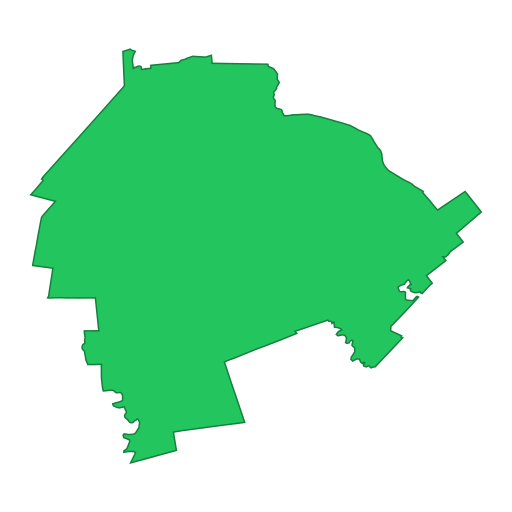 Buzoesti, Arges, Romania
{"feature_id": "2599482B1086880995944", "entity_name": "Buzoesti", "entity_type": "district", "adm_level": 2, "iso_a3": "ROU", "parent_name": "Romania", "parent_adm1": "Arges", "projection": "robinson", "projection_center": [24.92, 44.587], "detail": "fine", "context": "isolated", "style": "filled", "palette": "green", "viewbox_px": 512, "rotation_deg": 0, "n_neighbors": 0, "source": "geoboundaries", "source_scale": "gbopen_adm2", "svg_char_len": 6002}
<svg xmlns="http://www.w3.org/2000/svg" viewBox="0 0 512 512"><path d="M130.6,462.9L157.3,455.6L176.0,450.5L176.4,450.4L173.4,432.1L182.3,430.6L215.8,426.1L244.7,422.4L235.4,394.8L231.3,382.9L224.4,361.9L230.3,359.5L233.6,358.4L255.9,349.3L265.9,345.6L281.7,339.5L296.8,333.4L295.0,331.2L302.2,328.9L327.8,320.1L327.9,320.3L328.5,321.1L331.6,321.6L332.0,323.5L333.9,322.2L334.2,325.0L334.4,325.9L334.3,326.4L334.5,327.2L336.4,327.4L338.4,327.8L341.4,329.2L341.8,329.8L338.2,331.7L336.3,334.4L337.8,335.8L342.6,334.8L344.9,335.4L346.6,338.0L345.6,342.7L347.1,343.4L349.1,342.8L349.8,341.3L351.9,340.2L353.1,341.3L352.4,342.8L352.0,345.5L354.5,347.8L354.8,351.7L353.1,354.5L351.3,357.2L350.9,359.3L352.7,361.1L356.8,358.9L359.5,359.2L360.6,362.1L362.5,363.5L364.0,362.2L364.7,362.8L363.4,365.1L364.0,366.2L366.3,366.9L367.8,366.0L368.9,365.7L369.6,366.6L371.1,367.9L372.4,367.3L375.4,366.7L376.6,365.3L402.7,337.8L401.1,337.1L401.6,335.8L390.6,330.7L391.0,326.1L392.2,325.1L405.6,311.2L418.6,297.1L417.7,296.5L416.9,296.4L416.4,296.7L412.8,300.7L412.2,300.6L409.4,300.4L408.5,300.2L407.3,300.2L406.3,299.9L405.8,299.3L405.4,298.3L405.5,296.3L405.3,295.2L405.6,292.6L405.2,292.0L404.6,291.6L403.2,291.5L400.9,291.9L400.1,291.6L399.3,290.9L398.8,289.5L398.5,289.0L398.3,288.4L398.1,286.9L401.1,285.2L402.8,284.7L404.3,284.3L404.7,283.9L405.1,282.9L406.4,281.5L407.6,280.4L408.4,279.7L408.6,279.8L409.6,281.0L409.9,281.8L410.3,283.6L410.5,284.0L411.2,284.4L411.2,284.6L410.9,284.7L410.2,284.8L409.6,285.1L407.4,287.4L407.4,287.9L407.9,287.9L408.6,288.1L409.5,288.5L409.9,288.5L410.7,288.6L410.8,288.7L410.5,289.3L410.3,289.9L410.4,290.4L410.8,291.0L411.8,291.6L414.6,292.6L415.7,292.7L418.6,292.4L419.3,292.1L419.7,291.7L420.0,291.6L420.3,291.7L420.5,292.2L420.6,292.6L420.8,293.0L422.1,293.6L429.7,285.4L431.1,284.2L432.3,283.2L426.4,275.7L445.9,260.6L442.9,256.8L445.7,256.9L447.3,255.3L447.9,255.0L450.3,251.7L463.2,242.0L457.5,234.7L456.4,233.3L481.3,212.0L472.2,200.4L466.9,193.7L465.1,191.5L442.5,206.7L437.6,210.1L433.4,205.3L429.6,200.4L426.6,197.1L422.6,192.4L423.3,191.5L421.1,190.1L419.5,189.3L416.3,187.3L415.1,186.7L413.4,185.4L412.3,184.4L409.5,182.5L408.4,182.1L405.8,180.8L402.1,178.8L396.7,175.5L391.2,172.2L389.0,170.8L387.9,169.9L387.1,169.0L385.5,167.0L384.3,165.4L383.7,164.2L382.8,161.9L382.4,160.8L382.3,160.3L382.2,157.6L381.9,156.1L381.9,155.1L381.7,153.8L381.7,153.6L380.5,150.6L379.2,148.9L377.9,147.8L375.2,143.5L374.6,142.7L373.9,141.5L373.3,140.3L372.8,139.4L370.9,136.4L370.5,135.8L370.0,135.3L369.7,135.2L367.5,133.9L366.0,133.2L364.1,132.5L362.0,131.6L359.0,130.3L358.6,130.3L358.2,130.0L357.9,129.7L355.1,128.1L352.8,126.9L350.2,125.5L347.2,124.6L345.2,123.9L340.4,122.5L334.9,121.0L331.6,120.0L329.0,119.3L327.5,118.8L323.9,117.9L323.0,117.6L321.4,117.1L320.5,116.9L317.2,116.2L315.5,115.9L314.3,115.7L313.5,115.3L311.7,114.8L311.3,114.7L310.6,114.6L309.8,114.5L309.3,114.5L308.2,114.2L307.4,114.1L306.6,114.2L306.4,114.2L306.1,114.3L301.2,114.4L299.2,114.6L296.9,114.7L295.9,114.7L294.3,114.8L292.8,114.8L292.6,114.9L292.3,114.8L292.0,114.9L292.0,115.1L288.1,115.6L284.3,115.7L283.7,115.5L283.5,114.2L283.1,113.7L282.2,112.2L282.1,111.4L282.1,110.7L281.8,110.2L281.5,109.9L280.8,109.5L279.9,109.1L279.3,108.9L278.4,108.8L277.6,108.6L276.7,108.2L275.7,107.5L275.3,107.1L275.1,106.5L275.0,103.2L275.2,101.5L275.1,100.3L274.9,99.9L273.8,98.6L273.3,97.3L273.3,96.9L273.6,96.5L274.0,95.6L274.3,94.5L273.7,93.4L273.7,92.5L274.0,91.9L276.1,89.3L276.5,88.7L276.6,88.0L276.6,87.1L279.3,82.6L277.2,79.2L277.5,74.0L273.7,68.7L268.5,66.5L267.8,64.2L212.1,63.3L211.4,55.3L205.4,57.1L192.7,56.3L186.1,58.6L186.1,59.0L181.0,60.3L178.8,62.6L150.8,65.3L150.8,68.4L145.6,68.7L145.7,69.0L142.3,69.4L141.4,69.4L141.5,67.8L141.1,66.7L139.4,66.0L137.2,66.4L136.3,67.3L134.9,67.3L134.1,67.7L134.1,68.3L133.4,68.5L132.4,61.7L132.5,59.0L133.0,56.4L133.8,54.1L134.6,52.5L135.3,51.3L131.7,50.3L130.2,49.1L125.7,50.6L122.9,51.5L124.1,79.6L124.4,85.7L123.5,86.9L104.1,108.8L85.8,129.3L42.8,177.2L43.1,177.4L41.6,179.0L42.9,180.0L43.0,180.5L43.0,180.9L42.5,181.2L35.0,190.1L31.8,193.6L30.7,194.8L55.3,201.3L54.8,201.8L54.3,202.6L53.6,203.4L48.7,208.9L42.4,216.1L41.8,217.1L41.4,218.0L40.0,225.1L39.0,230.6L38.4,233.4L37.3,239.8L36.4,245.2L35.3,250.5L32.7,265.0L32.7,265.5L52.9,268.2L48.6,296.1L47.7,297.9L49.9,298.0L54.2,297.8L56.6,297.8L58.4,297.7L59.9,297.7L63.0,297.8L66.7,297.9L82.0,298.0L87.9,297.9L95.4,297.9L98.8,330.8L84.3,330.9L84.4,333.3L84.5,334.1L84.7,334.4L85.1,337.8L84.6,339.8L84.6,341.0L84.9,342.8L84.8,343.3L84.5,343.6L83.3,344.2L82.8,344.8L82.4,345.5L82.2,346.3L82.0,347.1L82.0,347.7L82.1,348.3L82.3,348.8L82.5,349.2L82.8,349.6L84.0,350.6L84.6,352.0L84.8,353.5L85.0,354.8L85.2,355.6L85.5,356.8L85.7,359.4L85.8,359.8L87.8,364.4L87.8,364.5L94.4,364.6L99.2,364.3L99.9,364.3L100.8,364.5L101.7,364.5L101.8,364.7L101.2,366.2L101.4,367.0L101.4,377.6L102.5,387.5L102.8,389.1L103.3,391.0L107.5,390.6L109.3,390.3L110.5,390.2L111.8,390.2L112.4,390.3L113.6,390.5L114.3,391.0L114.2,391.1L114.3,391.2L114.7,391.6L114.9,391.8L115.4,392.3L116.3,392.7L116.8,392.8L117.8,392.7L120.4,392.5L121.0,393.0L121.9,394.0L122.4,394.9L122.6,397.9L122.6,400.0L122.3,400.7L119.4,401.9L114.8,403.1L112.7,403.8L112.7,404.1L113.5,405.9L117.1,407.4L119.4,407.9L124.2,406.8L124.5,407.7L125.0,408.4L125.0,408.9L125.2,409.5L125.4,410.0L126.1,411.0L126.3,411.4L126.3,411.7L126.2,412.7L125.8,413.5L125.0,414.4L124.8,414.9L124.6,415.7L124.6,416.3L124.8,416.9L125.1,417.5L125.4,417.9L125.9,418.3L126.7,418.9L127.7,419.6L128.4,420.8L129.2,421.8L130.4,422.6L131.2,422.8L131.9,422.8L132.5,422.6L133.4,422.1L134.3,421.1L134.6,420.8L135.6,420.4L136.1,420.1L136.7,419.2L137.0,419.0L137.5,419.1L137.9,419.4L138.3,419.7L138.7,420.4L139.0,420.9L139.2,421.5L139.6,422.0L139.4,423.6L138.9,427.7L135.5,433.0L133.9,434.1L128.5,434.6L124.2,433.8L123.1,435.1L123.8,437.6L129.6,439.9L129.6,441.9L126.9,448.8L124.0,450.7L123.8,452.3L128.2,451.5L133.8,451.5L135.5,452.8L130.6,462.9Z" fill="#22c55e" stroke="#15803d" stroke-width="1.5"/></svg>